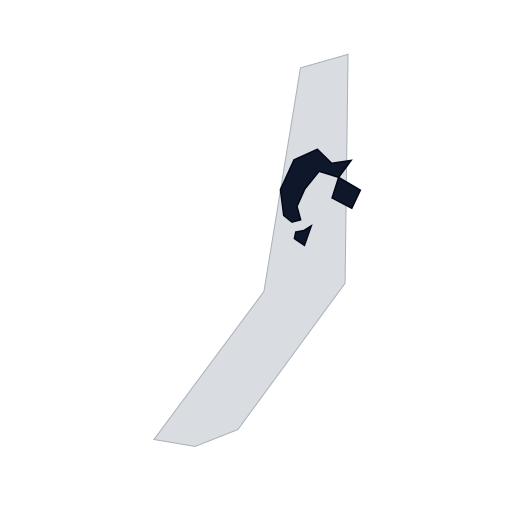 where Hamilton sits in Bermuda, rotated 331°
{"feature_id": "BMU-5137", "entity_name": "Hamilton", "entity_type": "state/province", "adm_level": 1, "iso_a3": "BMU", "parent_name": "Bermuda", "parent_adm1": "", "projection": "natural_earth1", "projection_center": [-64.722, 32.335], "detail": "fine", "context": "in_parent", "style": "filled", "palette": "ink", "viewbox_px": 512, "rotation_deg": 331, "n_neighbors": 0, "source": "natural_earth", "source_scale": "10m", "svg_char_len": 618}
<svg xmlns="http://www.w3.org/2000/svg" viewBox="0 0 512 512"><g transform="rotate(331 256 256)"><path d="M320.7,323.0L156.0,399.0L110.3,393.0L77.7,367.0L245.7,290.9L386.1,113.0L434.3,124.2L320.7,323.0Z" fill="#d9dde1" stroke="#a8b0b8" stroke-width="1"/><path d="M366.4,227.3L352.2,212.5L331.1,221.1L315.9,232.5L312.6,246.0L303.9,243.8L299.9,234.0L309.5,209.8L335.9,190.3L361.4,192.4L367.1,211.6L385.6,218.5L366.4,227.3ZM350.7,242.1L366.4,227.3L379.2,249.0L362.9,260.7L350.7,242.1ZM298.0,259.4L302.4,254.3L310.2,256.9L319.0,256.4L303.5,270.2L298.0,259.4Z" fill="#0f172a" stroke="#020617" stroke-width="1.5"/></g></svg>